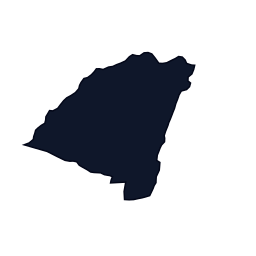 outline of Elísio Medrado, Bahia, Brazil, rotated 231°
{"feature_id": "56859067B75259034115126", "entity_name": "Elísio Medrado", "entity_type": "district", "adm_level": 2, "iso_a3": "BRA", "parent_name": "Brazil", "parent_adm1": "Bahia", "projection": "equal_earth", "projection_center": [-39.53, -12.938], "detail": "fine", "context": "isolated", "style": "filled", "palette": "ink", "viewbox_px": 256, "rotation_deg": 231, "n_neighbors": 0, "source": "geoboundaries", "source_scale": "gbopen_adm2", "svg_char_len": 1549}
<svg xmlns="http://www.w3.org/2000/svg" viewBox="0 0 256 256"><g transform="rotate(231 128 128)"><path d="M134.8,219.3L136.8,217.1L138.9,215.7L141.4,214.2L144.9,215.2L149.0,214.8L151.7,212.3L152.2,208.4L153.0,205.2L154.3,199.2L156.4,195.5L158.9,192.7L162.3,192.9L165.7,193.1L170.6,193.1L174.0,191.1L176.3,187.8L176.7,182.5L178.9,180.1L182.1,177.7L182.5,173.9L181.7,168.3L183.0,163.1L184.4,159.0L185.4,154.9L187.6,151.2L189.1,145.5L191.9,143.2L193.9,140.7L193.0,137.3L192.4,133.1L192.6,128.3L194.2,124.9L192.9,120.1L191.6,117.2L189.5,114.5L188.6,109.4L189.1,104.2L190.0,99.4L189.7,95.2L188.7,90.5L187.5,85.7L188.6,80.3L190.9,78.0L189.7,74.9L188.4,71.3L185.9,68.9L184.0,66.3L184.6,62.4L184.7,58.3L184.4,54.8L182.4,52.1L180.8,49.5L178.7,47.2L178.6,41.8L180.3,36.7L160.7,50.4L150.4,55.0L142.5,58.7L138.8,61.9L136.9,64.5L134.0,66.9L129.8,66.7L125.8,68.2L121.1,70.1L117.3,71.3L115.0,73.4L110.4,78.5L106.6,80.3L104.5,82.1L102.4,84.0L99.9,85.2L98.1,82.1L96.3,79.9L87.4,92.2L81.1,85.0L74.6,80.3L71.5,83.7L68.8,87.4L66.5,92.0L65.0,94.8L63.6,97.9L61.8,102.3L63.5,105.9L65.2,109.4L66.8,112.1L67.9,115.3L70.2,117.3L72.4,119.3L73.9,122.4L75.6,125.8L78.0,128.1L81.2,131.1L84.7,129.9L88.5,133.7L90.1,136.6L92.2,140.2L93.7,143.4L94.3,147.7L97.0,150.1L99.3,151.3L101.8,155.1L103.4,158.0L104.9,160.7L106.5,163.0L108.2,166.3L109.9,169.3L112.0,172.9L114.0,176.5L116.8,180.4L119.2,184.7L121.6,188.5L123.2,192.7L121.0,197.7L121.4,201.8L123.6,204.9L126.9,204.2L129.8,206.8L129.8,211.6L132.1,215.8L134.8,219.3Z" fill="#0f172a" stroke="#020617" stroke-width="1.5"/></g></svg>